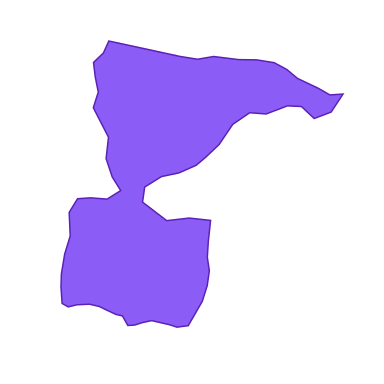 Sichari, Cyprus (Albers equal-area conic projection), rotated 13°
{"feature_id": "46923920B30915554603571", "entity_name": "Sichari", "entity_type": "district", "adm_level": 2, "iso_a3": "CYP", "parent_name": "Cyprus", "parent_adm1": "", "projection": "albers", "projection_center": [33.378, 35.263], "detail": "fine", "context": "isolated", "style": "filled", "palette": "violet", "viewbox_px": 384, "rotation_deg": 13, "n_neighbors": 0, "source": "geoboundaries", "source_scale": "gbopen_adm2", "svg_char_len": 962}
<svg xmlns="http://www.w3.org/2000/svg" viewBox="0 0 384 384"><g transform="rotate(13 192 192)"><path d="M218.4,323.1L226.6,296.3L227.9,279.9L226.6,264.8L221.6,252.1L219.1,237.0L216.5,215.5L195.2,218.0L173.8,225.6L146.1,213.0L144.8,197.8L158.7,183.9L175.0,176.3L190.1,165.0L197.7,154.8L207.7,139.7L216.5,116.9L230.4,101.8L246.7,99.3L265.6,86.6L279.4,84.1L294.5,92.9L309.6,82.8L317.1,62.6L304.5,66.4L292.0,62.6L269.3,57.6L256.8,51.3L242.9,47.5L225.3,48.7L207.7,52.5L195.1,53.8L182.6,55.1L167.5,61.4L149.9,62.6L77.0,63.6L74.4,76.5L66.9,87.9L71.9,101.8L78.2,115.7L76.9,132.1L98.3,157.4L100.8,178.8L110.9,195.3L122.2,206.6L110.9,218.0L94.5,220.5L82.0,224.3L76.9,239.5L83.2,262.2L81.9,281.2L83.2,301.4L85.7,314.0L90.5,329.8L97.2,331.8L105.2,327.8L117.3,324.4L127.3,324.4L136.0,326.4L145.4,328.4L152.1,328.4L159.5,336.5L166.2,334.5L172.9,330.5L181.6,326.4L190.3,326.4L200.3,326.4L207.7,327.1L218.4,323.1Z" fill="#8b5cf6" stroke="#5b21b6" stroke-width="1.5"/></g></svg>